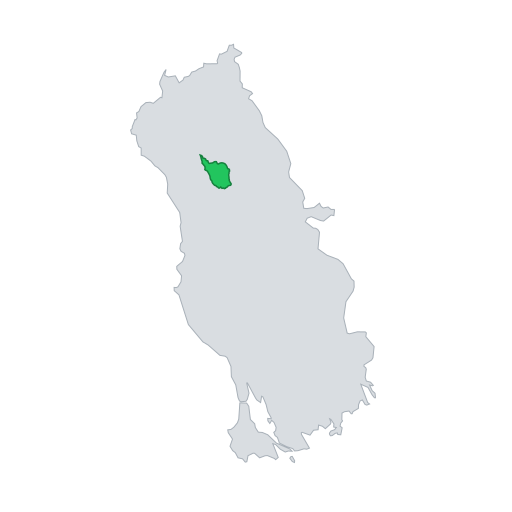 location of Tunceli within Turkey, rotated 250°
{"feature_id": "TUR-3045", "entity_name": "Tunceli", "entity_type": "Province", "adm_level": 1, "iso_a3": "TUR", "parent_name": "Turkey", "parent_adm1": "", "projection": "equal_earth", "projection_center": [39.524, 39.174], "detail": "fine", "context": "in_parent", "style": "filled", "palette": "green", "viewbox_px": 512, "rotation_deg": 250, "n_neighbors": 0, "source": "natural_earth", "source_scale": "10m", "svg_char_len": 5017}
<svg xmlns="http://www.w3.org/2000/svg" viewBox="0 0 512 512"><g transform="rotate(250 256 256)"><path d="M390.0,182.6L396.7,185.0L398.9,183.2L405.0,183.4L410.5,184.8L413.4,180.9L417.3,181.3L418.1,183.3L419.9,184.0L425.6,189.0L425.0,189.7L426.4,191.5L431.3,192.7L431.8,195.3L435.7,199.1L437.8,205.0L436.7,209.1L434.6,211.7L437.8,220.6L436.9,221.7L442.9,224.7L450.4,224.2L452.8,225.4L460.2,232.5L462.0,235.3L457.0,231.9L454.2,234.8L452.9,241.8L445.0,243.0L446.3,247.6L448.5,249.7L447.9,254.0L448.5,255.7L450.8,258.5L450.5,262.4L451.5,266.5L451.6,271.4L455.0,272.9L453.5,275.2L450.0,285.1L450.3,285.9L452.8,286.2L458.4,290.9L457.5,292.4L458.2,298.8L463.2,303.0L462.4,305.1L462.6,307.3L459.1,306.3L452.1,312.1L451.3,311.9L450.3,309.9L450.0,304.2L448.3,302.7L446.0,302.3L442.2,304.9L438.7,304.8L435.2,304.3L425.8,300.8L422.4,302.0L418.8,300.6L411.9,307.7L409.8,308.3L408.8,304.8L406.3,302.8L403.2,305.4L391.3,308.8L385.8,309.4L379.1,308.2L373.5,308.6L358.4,316.5L343.9,320.7L330.9,320.3L323.8,315.4L318.3,314.3L301.6,321.8L293.5,321.5L290.8,318.4L284.5,317.2L283.1,320.1L281.7,327.2L283.9,333.7L280.3,334.1L278.1,335.6L277.4,340.5L274.1,342.4L273.0,345.4L272.4,345.5L267.3,343.0L268.8,340.6L265.7,331.5L267.3,328.7L274.1,321.3L274.0,317.0L271.2,314.0L262.6,319.4L261.7,321.5L259.8,323.1L256.6,323.8L241.5,316.7L232.5,322.9L224.7,331.9L218.9,335.2L201.9,337.8L198.9,339.5L193.2,337.6L189.8,335.2L182.3,324.9L167.8,317.2L152.3,315.3L150.9,317.3L150.1,325.2L147.3,332.7L146.0,333.4L142.6,331.6L130.5,336.0L120.4,331.1L118.7,329.0L116.8,320.3L115.3,319.7L113.6,320.9L111.9,320.9L104.7,317.1L100.8,316.9L98.2,320.5L94.3,322.0L94.2,321.0L95.9,318.6L89.7,319.1L86.3,320.9L81.9,319.8L82.3,318.8L85.9,317.6L94.2,316.3L99.7,310.6L80.1,310.8L78.1,312.1L78.0,309.1L79.2,307.7L84.4,306.7L84.2,304.2L81.2,301.5L77.8,300.1L76.6,293.9L74.9,292.4L75.2,291.5L78.5,290.4L79.4,285.9L79.0,283.1L72.9,280.7L71.4,280.9L70.0,278.5L67.4,276.8L65.1,278.2L59.0,274.5L60.3,271.8L61.9,271.9L62.3,269.8L61.2,266.3L61.5,264.6L62.9,264.1L64.4,264.4L65.9,266.5L65.9,270.5L67.4,272.8L68.7,270.5L71.6,271.8L76.8,270.5L77.9,269.5L74.1,269.6L72.7,268.6L70.0,262.1L73.3,260.2L75.7,257.0L71.5,254.9L72.6,250.5L69.2,245.5L74.6,239.0L74.4,238.1L72.8,237.7L57.2,240.5L57.1,237.6L58.4,235.1L58.7,228.9L59.6,225.6L62.5,224.6L66.3,219.7L72.3,214.0L78.2,214.1L80.7,212.5L84.2,212.4L85.1,214.7L88.1,216.3L93.5,216.0L96.2,214.5L93.9,211.7L97.0,210.8L99.4,211.5L97.9,214.6L98.7,214.9L105.7,213.9L113.0,214.7L121.2,214.3L122.3,213.3L116.7,210.2L120.5,207.5L122.6,207.0L139.7,204.5L139.8,203.8L129.5,202.5L124.3,198.8L122.9,196.9L124.2,192.1L125.4,190.9L129.1,190.7L141.8,192.9L151.0,191.6L160.8,194.7L170.4,194.1L172.4,192.7L175.0,188.1L188.7,180.6L193.5,176.7L214.7,169.0L245.8,170.3L251.4,167.3L254.5,168.3L253.6,170.3L253.7,172.1L257.4,176.7L262.9,179.3L270.6,177.1L273.4,178.0L276.0,185.1L280.8,189.4L283.0,189.7L286.0,187.2L288.8,186.9L293.4,189.4L294.9,191.9L309.9,194.9L313.0,197.0L323.0,199.2L345.5,194.1L353.7,197.6L360.5,198.7L363.5,198.2L372.5,194.1L375.3,191.8L381.0,189.8L388.0,185.2L390.0,182.6ZM102.3,170.0L101.6,173.2L102.7,176.7L105.6,181.5L108.6,184.0L123.5,190.6L121.0,196.9L117.2,197.8L104.3,194.8L98.8,197.4L95.1,196.7L89.7,197.9L88.0,201.6L84.0,205.9L73.2,211.2L63.1,221.8L60.2,223.2L61.7,219.6L61.8,216.4L66.2,212.7L72.2,209.9L73.9,207.6L59.1,208.0L57.9,204.8L59.4,204.1L64.6,198.4L65.2,196.1L65.1,190.4L71.1,187.2L71.7,185.8L71.1,180.2L65.8,177.0L66.0,175.4L70.0,174.0L72.5,170.1L78.3,169.3L81.1,167.5L86.1,166.5L92.0,171.3L99.5,169.5L102.3,170.0ZM55.3,221.5L50.3,222.3L48.8,221.5L50.5,219.8L54.4,218.6L55.6,220.3L55.3,221.5Z" fill="#d9dde1" stroke="#a8b0b8" stroke-width="1"/><path d="M361.7,237.1L361.9,237.2L362.7,237.5L363.1,237.7L366.3,237.8L368.1,238.1L369.9,238.1L369.0,239.2L367.9,239.7L367.4,239.7L366.4,239.5L366.0,239.8L365.4,241.0L364.4,241.8L363.4,241.8L362.4,242.2L362.2,242.7L362.0,243.2L361.7,243.3L360.2,243.2L359.1,243.6L358.8,244.1L358.7,245.6L358.4,246.3L358.3,247.0L358.8,249.2L358.6,250.1L358.2,251.0L357.1,251.1L356.0,251.3L355.6,251.7L355.3,252.1L355.5,253.2L355.6,254.2L355.3,255.6L354.7,256.8L353.4,258.3L351.4,259.1L349.3,259.3L348.5,259.2L347.7,259.3L347.2,260.1L346.5,260.6L346.0,260.4L345.5,260.1L345.1,260.2L344.9,260.3L344.4,259.6L344.0,259.3L343.0,259.0L342.1,258.3L341.1,257.9L340.2,257.8L339.3,257.5L338.6,257.4L337.9,257.0L337.7,257.0L337.3,257.1L337.1,257.1L336.2,256.7L334.4,256.9L332.7,257.3L332.1,257.3L331.2,256.4L331.2,255.6L331.5,254.8L331.5,254.0L330.7,252.7L330.5,250.9L330.3,250.8L330.1,250.6L330.1,250.0L330.1,249.3L330.3,249.1L330.9,248.9L331.2,247.2L331.7,246.9L332.3,246.8L332.9,246.4L332.6,245.9L332.3,245.0L332.7,244.1L334.0,243.6L334.5,243.0L334.8,242.6L335.4,242.6L336.0,242.3L336.4,241.5L336.9,241.1L339.1,240.2L340.2,240.0L341.4,240.2L342.3,240.0L343.1,239.5L344.8,239.6L346.5,240.0L348.2,240.0L351.5,239.5L353.0,239.0L354.0,237.8L354.8,237.5L355.9,238.2L357.6,238.6L359.6,237.9L360.1,237.8L360.9,237.4L361.6,237.2L361.7,237.1Z" fill="#22c55e" stroke="#15803d" stroke-width="1.5"/></g></svg>